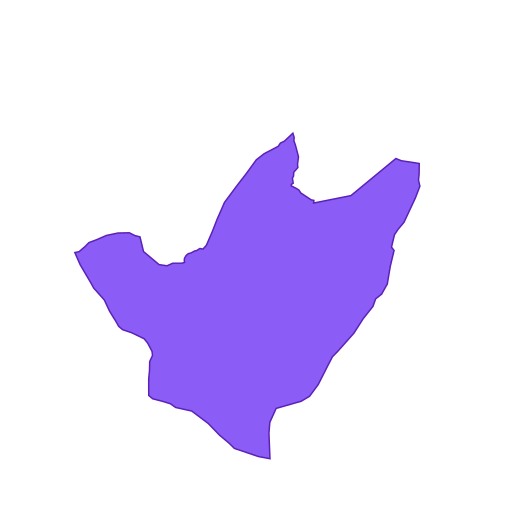 Kontagora, Niger, Nigeria, rotated 40°
{"feature_id": "59680162B51611927546147", "entity_name": "Kontagora", "entity_type": "district", "adm_level": 2, "iso_a3": "NGA", "parent_name": "Nigeria", "parent_adm1": "Niger", "projection": "equal_earth", "projection_center": [5.445, 10.449], "detail": "fine", "context": "isolated", "style": "filled", "palette": "violet", "viewbox_px": 512, "rotation_deg": 40, "n_neighbors": 0, "source": "geoboundaries", "source_scale": "gbopen_adm2", "svg_char_len": 1651}
<svg xmlns="http://www.w3.org/2000/svg" viewBox="0 0 512 512"><g transform="rotate(40 256 256)"><path d="M115.0,369.8L126.9,375.7L147.2,382.9L152.3,384.9L168.1,387.2L179.3,392.4L186.5,394.8L190.0,395.9L196.1,398.2L201.2,398.2L209.8,394.8L223.5,391.3L229.1,392.4L237.7,395.9L240.7,398.8L242.4,405.2L244.6,407.9L248.4,412.7L252.7,419.0L260.0,427.7L263.5,431.8L268.6,431.8L277.2,427.7L285.4,424.2L290.6,423.8L291.8,423.7L306.4,416.1L327.0,415.0L343.3,416.7L355.8,416.7L363.1,417.3L386.7,408.1L397.0,402.3L379.7,383.3L373.5,374.5L369.4,359.8L384.0,338.2L387.2,329.0L386.3,314.5L381.7,294.7L379.3,284.0L379.9,276.7L380.6,252.3L380.6,252.1L378.4,235.1L378.0,219.4L375.2,211.9L376.7,204.7L376.8,204.6L376.6,203.7L374.6,193.1L368.2,182.2L365.4,177.4L358.2,163.0L354.1,162.1L348.4,150.7L347.7,144.3L347.7,135.0L340.8,109.1L336.7,97.2L331.7,93.4L328.5,88.7L321.6,80.2L317.2,82.8L306.1,89.6L300.5,91.4L289.9,148.7L266.1,178.4L264.6,176.2L262.2,177.5L249.7,178.9L246.5,177.9L243.5,178.3L237.9,179.6L237.1,178.4L237.7,176.3L233.9,173.0L233.4,170.7L231.1,167.5L231.2,161.3L228.8,159.0L224.8,152.7L215.2,145.9L210.9,143.3L209.0,140.6L205.3,138.2L203.9,149.9L202.1,153.8L202.5,157.7L196.5,172.3L194.4,182.1L195.6,199.4L196.1,212.7L197.4,235.2L199.9,243.6L202.5,252.6L206.8,265.3L211.1,279.7L210.9,284.8L208.2,286.3L206.9,290.3L205.9,291.3L204.1,295.7L202.7,297.6L202.3,299.1L202.2,300.9L202.7,303.8L204.0,305.6L205.4,306.8L203.8,309.2L196.9,315.0L194.1,320.7L187.3,324.9L167.0,324.9L154.8,315.9L150.1,318.2L144.1,319.6L135.5,327.1L128.2,336.4L123.3,346.2L119.4,353.1L119.0,358.3L117.7,366.4L115.0,369.8Z" fill="#8b5cf6" stroke="#5b21b6" stroke-width="1.5"/></g></svg>